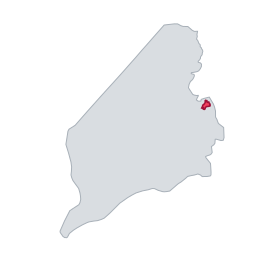 location of Safita, Tartus, Syria, rotated 165°
{"feature_id": "27442178B1888341304206", "entity_name": "Safita", "entity_type": "district", "adm_level": 2, "iso_a3": "SYR", "parent_name": "Syria", "parent_adm1": "Tartus", "projection": "orthographic", "projection_center": [36.162, 34.812], "detail": "fine", "context": "in_parent", "style": "filled", "palette": "rose", "viewbox_px": 256, "rotation_deg": 165, "n_neighbors": 0, "source": "geoboundaries", "source_scale": "gbopen_adm2", "svg_char_len": 3500}
<svg xmlns="http://www.w3.org/2000/svg" viewBox="0 0 256 256"><g transform="rotate(165 128 128)"><path d="M39.2,91.5L41.4,91.8L45.9,94.5L46.7,94.5L48.0,90.8L49.4,89.6L52.2,88.5L53.0,82.6L54.3,81.4L55.8,80.8L58.3,80.7L60.4,80.4L60.5,79.3L57.5,72.5L57.8,70.8L59.2,63.9L60.0,61.2L60.9,60.4L64.2,60.7L68.9,61.9L70.1,63.8L72.4,65.5L75.8,65.4L79.8,65.7L82.9,65.8L85.3,64.5L90.8,62.1L93.6,61.3L96.0,60.2L104.0,56.3L107.2,56.6L109.4,57.0L111.1,57.6L115.0,60.0L118.1,62.6L120.4,63.3L124.3,63.1L130.0,63.5L137.0,63.2L141.0,62.3L146.2,60.9L155.4,57.5L167.3,50.6L174.3,47.1L177.3,46.6L181.3,46.4L185.4,47.0L190.0,47.4L192.1,47.2L196.9,46.3L203.2,44.7L207.2,43.4L211.9,41.3L214.7,38.3L215.7,37.9L216.9,38.4L217.5,38.5L218.9,40.1L220.4,44.3L220.5,44.7L220.3,46.0L217.4,49.6L213.4,54.6L210.5,57.8L205.6,63.2L201.8,64.5L195.3,66.6L193.6,68.5L192.1,71.4L191.4,75.4L191.2,77.8L191.3,82.4L193.1,87.0L194.8,91.5L195.2,94.5L195.2,97.4L193.9,100.7L192.5,105.1L191.9,110.0L191.9,119.2L192.2,127.0L192.2,128.3L189.7,133.9L186.8,140.5L185.3,142.1L178.3,144.3L170.7,149.4L162.3,155.0L154.5,160.1L146.4,165.4L137.9,170.9L131.8,174.8L123.6,180.1L116.1,185.0L108.6,190.0L102.8,193.8L94.0,199.8L88.8,203.2L81.2,208.3L74.4,212.8L66.4,218.1L56.3,216.6L53.1,215.7L50.5,213.2L48.6,211.9L43.9,210.5L40.8,205.9L39.0,204.2L35.8,203.4L37.2,200.5L37.4,198.5L38.8,196.1L38.0,194.5L37.6,191.2L37.0,190.3L36.7,189.4L37.2,188.4L37.0,187.3L36.5,186.8L36.3,185.1L35.8,183.9L36.0,182.4L36.7,181.4L37.5,179.5L38.3,179.0L39.6,177.8L40.0,176.5L41.2,175.3L42.8,174.4L43.2,173.6L42.9,173.1L41.3,172.2L40.5,170.7L41.2,168.4L41.8,167.7L42.7,166.6L44.9,164.9L46.5,164.6L48.0,164.6L50.5,164.8L52.4,165.1L52.8,164.6L52.8,164.1L50.4,162.7L50.3,161.6L50.9,160.4L52.5,158.6L54.5,157.2L55.5,157.0L57.8,154.2L59.2,151.2L56.8,143.7L55.4,142.6L53.1,141.5L51.8,141.4L51.7,140.9L53.5,139.0L54.7,137.4L53.3,135.8L50.8,135.1L49.8,136.7L46.6,136.9L41.5,136.8L39.3,129.0L39.0,125.6L39.1,121.7L40.6,115.9L39.9,113.2L39.8,111.5L39.5,109.0L35.5,103.7L37.7,93.9L39.2,91.5Z" fill="#d9dde1" stroke="#a8b0b8" stroke-width="1"/><path d="M50.4,126.8L50.3,126.7L50.2,126.7L49.9,126.6L49.9,126.4L49.6,126.2L49.4,126.2L49.2,126.2L48.9,126.3L48.7,126.5L48.4,126.8L48.3,127.3L48.0,127.6L47.7,127.8L47.4,128.1L47.2,128.1L46.8,128.2L46.6,128.3L46.3,128.4L46.2,128.3L45.8,128.2L45.7,128.2L45.4,128.2L45.2,128.2L44.8,128.1L44.7,128.1L44.4,128.0L43.5,128.0L43.3,128.0L43.3,128.3L43.0,128.3L42.9,128.4L42.8,128.5L42.9,128.8L43.0,128.9L43.0,129.2L42.8,129.2L42.6,129.4L42.6,129.6L42.6,129.8L42.6,130.0L42.8,130.2L42.8,130.3L42.9,130.5L43.0,130.6L43.1,130.9L43.1,131.0L43.2,131.5L43.2,131.8L43.1,132.0L43.3,132.3L43.5,132.3L43.6,132.2L43.8,132.2L44.0,132.1L44.3,132.1L44.6,132.2L44.7,132.3L44.8,132.4L44.9,132.6L44.9,132.8L44.7,132.9L44.7,133.0L44.7,133.3L44.8,133.5L44.7,133.7L44.7,133.9L44.8,133.9L44.9,134.0L45.0,134.1L45.4,134.4L45.5,134.5L45.9,134.7L46.0,134.6L46.4,134.4L46.5,134.3L46.6,133.5L46.6,133.4L46.4,133.3L46.4,133.2L46.5,133.1L46.6,132.9L46.8,132.8L46.9,132.6L47.0,132.5L47.1,132.4L47.3,132.2L47.6,132.0L47.8,131.9L48.0,131.7L48.2,131.4L48.4,131.3L48.6,131.2L49.0,131.1L49.3,131.0L49.6,130.8L49.7,130.7L49.9,130.6L50.0,130.6L50.1,130.2L50.3,129.8L50.5,129.5L50.6,129.4L50.8,129.2L51.2,128.8L51.2,128.7L51.3,128.6L51.5,128.4L51.7,128.2L51.4,128.0L51.2,128.1L51.0,128.3L50.8,128.6L50.6,128.6L50.3,128.5L50.1,128.4L49.9,128.2L49.9,127.8L50.1,127.6L50.3,127.5L50.4,127.4L50.4,127.2L50.5,127.1L50.5,126.9L50.4,126.8Z" fill="#f43f5e" stroke="#9f1239" stroke-width="1.5"/></g></svg>